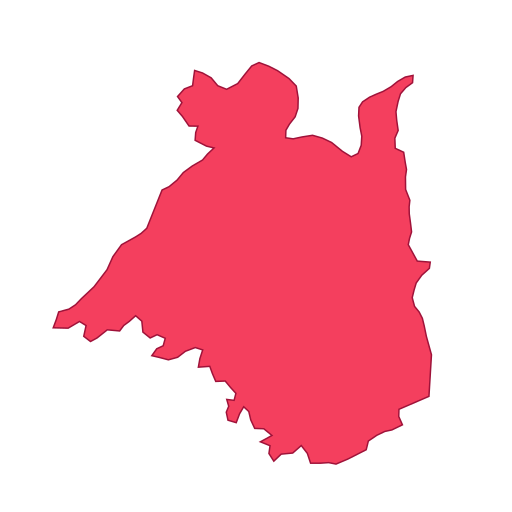 Iraceminha, Santa Catarina, Brazil (Robinson projection), rotated 98°
{"feature_id": "56859067B41079605660592", "entity_name": "Iraceminha", "entity_type": "district", "adm_level": 2, "iso_a3": "BRA", "parent_name": "Brazil", "parent_adm1": "Santa Catarina", "projection": "robinson", "projection_center": [-53.33, -26.856], "detail": "fine", "context": "isolated", "style": "filled", "palette": "rose", "viewbox_px": 512, "rotation_deg": 98, "n_neighbors": 0, "source": "geoboundaries", "source_scale": "gbopen_adm2", "svg_char_len": 2234}
<svg xmlns="http://www.w3.org/2000/svg" viewBox="0 0 512 512"><g transform="rotate(98 256 256)"><path d="M353.6,432.0L345.4,421.7L348.5,414.6L359.5,415.4L363.7,408.0L359.3,402.0L349.8,393.0L349.2,380.6L343.2,377.3L338.4,372.4L331.9,366.9L336.4,360.0L347.1,357.4L351.9,349.4L347.7,343.0L350.1,334.4L357.8,335.4L361.7,341.4L369.2,345.3L369.9,337.6L371.0,328.3L367.2,319.5L360.2,312.7L355.1,303.4L356.4,295.7L365.5,297.3L374.1,297.6L371.7,286.4L378.5,282.8L385.8,278.4L384.1,269.1L390.0,262.6L394.8,256.8L402.0,257.6L402.1,265.0L408.6,262.1L414.8,263.7L422.5,260.9L423.8,252.4L414.5,250.3L407.0,247.2L411.0,241.5L419.0,238.4L426.9,233.3L426.0,224.2L431.5,215.2L439.4,225.8L441.9,215.7L449.8,215.7L456.7,209.8L448.7,203.5L446.0,192.2L437.4,184.8L444.3,177.7L453.6,173.1L452.2,163.4L450.5,155.3L450.9,147.8L444.3,136.8L432.5,119.9L423.6,119.0L416.7,111.4L411.8,104.0L409.3,97.2L402.8,87.5L395.1,92.3L387.9,93.1L370.9,65.2L329.4,68.5L311.9,76.1L301.8,79.7L294.5,82.6L288.7,86.7L283.8,92.0L275.5,95.5L267.5,94.7L260.4,93.6L252.0,89.2L244.1,82.6L237.8,82.6L238.6,95.6L223.6,106.8L217.0,106.4L210.5,105.3L201.8,107.6L192.9,110.1L186.0,111.2L179.4,111.4L169.3,117.1L156.9,119.0L149.4,119.0L142.4,121.3L132.7,124.2L130.0,133.1L120.0,134.9L111.9,132.7L102.2,135.5L93.6,137.5L83.3,136.8L75.3,135.5L68.4,131.1L62.6,125.1L55.3,125.6L58.0,133.1L63.5,140.1L69.5,145.7L75.3,153.0L79.0,159.4L82.9,165.6L88.5,171.9L94.4,174.7L103.0,173.9L114.3,170.8L122.7,167.9L131.7,167.2L140.3,169.2L144.5,175.5L140.3,185.0L133.1,196.9L130.0,206.7L128.6,216.8L131.7,227.0L134.8,235.5L134.8,243.1L127.3,243.9L120.7,241.2L112.7,236.6L104.0,235.0L93.7,236.2L82.1,239.8L75.7,248.0L69.5,260.4L66.3,269.7L64.0,279.9L68.4,286.7L77.0,291.9L87.8,298.1L95.0,308.3L92.7,317.6L85.8,325.2L82.2,334.4L80.8,342.6L87.8,342.6L96.2,342.5L100.5,350.2L109.0,355.9L114.4,350.7L122.7,354.3L128.0,348.3L136.6,340.4L135.5,331.6L142.1,332.9L149.9,332.4L154.1,320.3L154.8,312.6L161.8,318.2L168.4,322.3L175.7,331.6L183.5,339.6L191.8,344.7L199.5,351.8L203.7,358.2L243.7,368.0L249.6,372.9L254.1,378.2L263.5,390.7L276.5,397.6L290.3,401.6L309.0,412.1L322.6,423.0L329.4,427.9L334.6,433.8L338.8,443.6L346.7,444.9L355.3,446.8L353.6,432.0Z" fill="#f43f5e" stroke="#9f1239" stroke-width="1.5"/></g></svg>